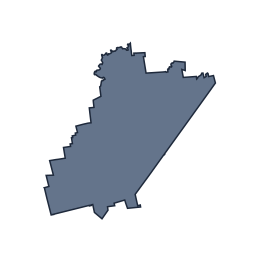 the district of Méndez, Tamaulipas, Mexico, rotated 166°
{"feature_id": "50627088B67247085370697", "entity_name": "Méndez", "entity_type": "district", "adm_level": 2, "iso_a3": "MEX", "parent_name": "Mexico", "parent_adm1": "Tamaulipas", "projection": "robinson", "projection_center": [-98.5, 25.209], "detail": "fine", "context": "isolated", "style": "filled", "palette": "slate", "viewbox_px": 256, "rotation_deg": 166, "n_neighbors": 0, "source": "geoboundaries", "source_scale": "gbopen_adm2", "svg_char_len": 5162}
<svg xmlns="http://www.w3.org/2000/svg" viewBox="0 0 256 256"><g transform="rotate(166 128 128)"><path d="M32.3,150.5L32.4,158.2L35.0,158.3L35.5,158.3L37.3,158.4L37.2,161.2L37.3,161.2L37.3,161.6L37.6,161.7L37.7,161.9L37.8,162.1L38.2,161.8L39.0,161.6L39.3,161.3L39.4,161.2L39.7,161.2L39.7,160.6L39.7,159.8L39.7,159.1L42.0,158.4L42.0,163.2L43.3,163.3L43.6,162.7L43.9,162.3L44.0,162.0L44.1,161.9L44.3,161.8L44.6,161.8L44.7,161.7L44.8,161.7L45.3,161.4L45.7,161.3L46.1,161.1L46.7,161.0L46.9,160.9L47.3,160.8L47.4,160.7L47.6,160.6L48.0,160.2L48.2,159.8L48.3,159.7L48.9,159.3L49.3,158.9L49.5,158.8L49.3,161.5L55.8,162.6L62.1,163.7L61.9,167.4L61.6,171.8L58.6,169.9L56.7,178.1L67.0,181.7L67.3,181.1L68.1,180.6L68.6,180.1L68.9,180.0L69.2,180.2L69.3,180.4L69.7,180.4L70.2,180.2L70.3,180.1L70.5,180.0L70.9,179.5L70.9,179.0L71.1,178.8L71.1,178.6L70.9,178.2L70.6,177.5L70.7,177.0L71.0,176.7L71.3,176.7L71.6,177.0L72.5,177.1L72.7,177.3L73.0,177.3L73.5,176.7L73.4,176.4L74.0,176.0L74.1,175.8L74.0,175.4L74.4,175.3L74.6,175.4L74.7,175.5L74.9,175.6L75.1,175.2L75.4,175.0L75.4,174.4L75.7,172.8L76.6,172.9L77.1,172.7L77.4,172.9L77.7,173.2L77.7,173.4L77.8,173.6L78.0,173.6L78.0,173.4L78.2,173.5L81.8,174.1L97.2,176.9L95.8,193.5L94.0,193.2L93.4,197.0L101.9,198.7L102.0,198.6L102.2,198.8L104.2,199.2L104.5,197.0L106.8,197.4L105.9,204.9L105.3,209.3L105.2,209.4L105.2,209.8L105.6,209.5L106.1,209.1L107.0,209.2L107.5,209.3L107.8,209.4L108.0,209.4L108.2,209.0L108.3,208.8L108.0,208.5L107.8,208.4L107.8,208.2L107.7,208.2L107.4,207.9L107.5,207.5L107.5,207.4L107.7,207.2L107.9,206.8L108.2,206.7L108.3,206.5L108.6,206.4L109.1,206.3L109.5,206.2L109.4,205.5L109.2,205.1L109.0,204.9L108.9,204.6L108.9,204.1L109.0,203.9L109.1,203.6L109.3,203.6L109.9,203.6L110.3,203.7L110.5,203.8L110.7,204.0L110.7,204.5L111.0,205.0L111.2,205.3L111.3,205.4L112.8,206.0L113.0,206.1L113.7,206.1L113.9,206.1L114.1,206.2L114.2,206.5L114.3,206.8L114.5,207.5L114.6,208.0L114.9,208.3L115.1,208.4L115.3,208.4L115.5,208.4L115.5,208.1L115.8,208.1L116.9,208.3L117.9,208.3L118.2,208.3L118.5,208.6L118.9,208.6L119.5,208.5L119.5,208.4L119.8,208.2L119.7,206.9L120.2,206.9L121.4,205.9L121.6,205.8L121.8,205.7L122.3,205.7L122.5,205.9L122.7,206.1L123.1,206.0L123.3,205.9L124.1,205.7L124.3,205.9L124.3,206.3L124.5,206.4L124.8,206.5L124.9,206.8L125.2,207.2L125.3,207.4L125.4,207.6L125.7,207.7L125.9,207.7L125.9,207.3L125.8,207.2L126.1,207.1L126.0,206.7L125.8,206.5L125.8,206.4L125.6,206.3L125.7,205.4L125.8,205.1L126.0,205.0L126.4,204.9L126.6,204.7L127.0,204.7L127.4,204.5L127.6,204.5L127.8,204.4L128.4,204.3L128.6,204.5L128.8,204.7L129.1,204.7L129.4,204.7L129.6,204.6L129.7,204.4L129.6,204.1L129.8,203.7L130.0,203.7L130.3,203.8L130.5,204.0L130.6,204.4L130.8,205.4L130.7,205.9L130.8,205.9L131.2,206.0L131.5,205.9L131.9,205.5L132.0,205.4L132.0,205.2L132.4,205.0L132.6,204.9L132.8,204.8L133.1,204.6L133.6,204.5L134.3,204.6L134.9,204.8L135.1,204.8L135.3,205.0L135.3,205.5L135.6,205.6L135.9,205.3L135.9,204.8L135.9,204.5L135.8,203.8L135.7,203.6L135.7,203.4L135.7,203.2L135.9,203.1L135.7,202.6L137.0,200.8L137.5,200.4L137.4,199.9L137.3,199.5L137.1,199.2L136.9,198.7L136.8,197.4L136.9,197.2L137.6,196.1L137.9,195.9L138.0,196.0L138.3,196.4L138.3,196.5L138.8,196.6L139.4,196.7L139.6,196.7L139.8,196.6L140.1,196.3L140.5,196.0L140.7,195.9L140.8,195.9L141.4,195.4L141.6,195.2L141.2,194.2L141.1,193.9L141.0,193.7L140.9,193.6L140.7,193.3L140.4,192.5L140.5,192.2L141.3,191.5L141.5,191.5L141.8,191.4L142.2,191.4L142.5,191.4L142.8,191.3L143.2,191.5L143.5,191.6L143.9,191.6L144.1,191.6L144.3,191.6L144.5,191.5L144.6,191.4L144.8,191.2L144.8,190.9L144.8,190.6L145.2,190.2L145.3,190.2L145.5,190.2L145.6,190.3L145.6,190.5L146.1,191.0L146.4,190.9L146.6,190.7L146.9,190.4L147.0,190.3L147.0,190.1L147.3,189.8L147.7,188.8L147.7,188.7L147.6,188.4L147.7,188.1L147.6,187.9L147.3,187.7L147.2,187.7L146.5,187.8L146.4,187.8L146.3,187.5L146.0,187.2L145.8,186.8L145.7,186.8L145.7,186.6L145.3,186.2L145.1,186.0L144.9,185.7L143.7,184.5L143.6,184.3L143.4,184.2L142.7,183.6L142.3,183.4L141.9,183.2L141.5,183.0L140.4,182.5L140.2,182.6L140.1,182.9L139.9,182.9L139.8,183.1L139.5,183.1L139.3,183.0L138.9,182.6L138.6,181.8L138.6,180.8L139.7,180.8L140.0,180.6L140.1,180.4L140.6,180.1L141.3,180.5L141.6,180.5L142.0,179.9L142.1,179.7L142.3,179.6L142.5,179.7L142.7,179.3L142.7,179.1L142.8,178.9L143.0,178.5L143.1,178.4L143.1,178.2L144.4,175.3L145.5,174.8L146.6,165.3L155.0,163.4L155.2,162.4L155.4,161.1L156.0,156.2L160.7,156.9L161.3,152.3L162.6,142.0L165.7,142.4L166.5,142.4L170.6,142.5L178.1,142.4L178.1,135.8L180.4,135.8L180.5,133.8L184.0,133.8L184.0,132.1L185.2,132.2L185.7,126.3L188.0,126.5L188.2,124.0L195.3,124.7L196.2,113.9L203.2,114.5L205.6,114.8L211.9,115.3L211.8,100.3L218.9,101.8L218.9,90.4L223.7,90.3L223.6,90.1L223.7,79.4L223.6,62.2L221.4,62.1L221.5,62.3L220.0,62.3L211.8,62.3L204.8,62.3L203.2,62.3L184.3,62.3L184.3,61.7L182.4,61.7L182.4,62.3L180.7,62.3L181.0,54.2L175.2,46.2L167.3,53.1L166.9,56.6L159.7,55.8L159.7,58.4L155.2,58.6L148.6,58.9L148.4,55.6L147.9,50.2L134.9,48.3L134.7,50.3L137.4,50.3L137.1,61.9L119.2,76.8L102.4,91.1L99.4,93.6L99.1,93.3L98.6,93.8L98.8,94.1L72.7,116.2L47.1,137.9L32.3,150.5Z" fill="#64748b" stroke="#1e293b" stroke-width="1.5"/></g></svg>